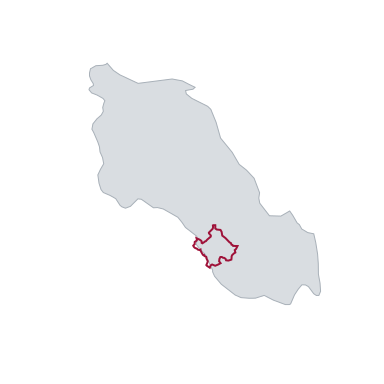 location of Dibër, Dibër, Albania, rotated 142°
{"feature_id": "67620474B73468897065558", "entity_name": "Dibër", "entity_type": "district", "adm_level": 2, "iso_a3": "ALB", "parent_name": "Albania", "parent_adm1": "Dibër", "projection": "mercator", "projection_center": [20.381, 41.713], "detail": "fine", "context": "in_parent", "style": "outline", "palette": "rose", "viewbox_px": 384, "rotation_deg": 142, "n_neighbors": 0, "source": "geoboundaries", "source_scale": "gbopen_adm2", "svg_char_len": 2602}
<svg xmlns="http://www.w3.org/2000/svg" viewBox="0 0 384 384"><g transform="rotate(142 192 192)"><path d="M126.7,116.9L127.0,111.5L128.2,103.0L127.5,100.2L128.3,95.3L125.8,88.8L121.8,84.1L125.7,75.8L131.3,65.7L136.6,57.8L143.0,49.4L147.2,41.4L151.8,34.6L155.7,32.4L157.7,33.9L158.7,36.9L158.5,45.8L159.8,48.9L162.5,51.2L168.2,50.0L174.6,47.8L183.2,43.1L184.6,43.4L187.8,45.9L194.4,56.6L198.8,66.1L207.4,69.3L212.3,73.0L218.4,78.6L221.4,84.2L225.7,101.3L226.1,111.7L224.9,116.4L223.9,117.6L220.0,134.4L220.9,142.9L220.9,148.5L217.6,150.7L215.5,154.2L219.0,168.1L218.6,174.0L218.7,180.8L225.1,196.3L228.8,201.0L232.1,203.3L236.4,217.5L238.9,219.9L249.3,218.6L254.4,220.2L256.4,223.5L256.9,225.8L256.2,233.7L258.7,239.8L262.2,246.1L262.2,249.9L259.9,256.1L255.7,263.4L250.2,266.2L244.2,268.6L241.3,274.2L239.8,280.2L237.1,284.6L235.4,289.5L232.8,299.5L232.2,303.1L228.1,306.7L221.8,308.2L216.1,308.5L212.2,310.2L210.3,313.6L206.7,316.3L204.5,317.5L204.5,320.5L207.1,326.8L210.1,331.9L210.2,336.0L208.7,337.1L204.1,336.6L203.1,338.1L202.6,342.7L201.3,346.6L199.4,349.0L196.1,351.6L190.0,350.7L184.3,346.8L181.3,345.6L179.6,345.7L179.1,336.2L176.7,328.7L167.6,310.8L138.1,293.3L131.2,285.5L128.2,278.9L125.1,272.6L128.0,272.4L130.9,274.0L134.6,275.9L136.1,272.8L134.5,265.9L126.9,249.9L126.3,245.5L130.1,232.1L136.3,216.9L135.9,198.6L137.8,184.7L135.6,175.7L134.6,164.6L139.2,149.8L143.1,146.1L145.5,141.5L145.6,125.6L136.8,118.3L126.7,116.9Z" fill="#d9dde1" stroke="#a8b0b8" stroke-width="1"/><path d="M196.8,117.8L195.1,117.6L194.1,119.9L192.4,120.0L189.4,121.4L192.8,124.2L192.7,125.4L193.3,126.1L192.8,127.9L193.4,129.1L194.0,135.2L195.0,139.0L193.2,142.4L192.9,144.6L195.6,147.2L196.1,148.9L194.9,150.4L194.1,151.5L195.6,152.7L196.1,152.8L197.1,151.2L198.3,150.3L200.6,150.0L203.7,149.6L204.1,148.9L203.9,146.2L204.7,145.3L209.4,145.1L211.3,144.7L211.9,145.0L213.6,145.0L215.4,145.2L215.7,146.0L214.8,147.2L214.8,148.1L215.3,149.7L216.9,152.8L217.6,151.2L218.7,150.8L220.5,151.0L221.3,150.2L222.1,149.2L224.0,149.0L224.3,148.0L224.2,146.6L223.9,145.7L223.0,144.4L222.9,143.1L221.6,141.3L220.8,141.3L221.3,140.4L221.6,139.2L221.8,137.9L222.1,135.8L221.8,134.9L221.3,134.9L221.5,133.7L220.7,132.1L221.0,131.4L221.4,131.0L221.8,129.6L222.0,128.3L222.4,127.5L224.3,126.3L225.7,125.6L225.7,124.8L224.6,121.4L222.5,122.7L220.8,122.5L219.1,119.6L215.9,118.7L213.3,118.3L213.3,120.7L211.6,122.4L209.7,123.3L208.5,122.4L208.0,121.0L207.2,120.3L206.7,118.7L207.2,117.2L205.6,115.6L204.6,115.2L202.6,114.5L201.4,115.7L200.5,116.8L199.4,117.5L196.8,117.8Z" fill="none" stroke="#9f1239" stroke-width="2"/></g></svg>